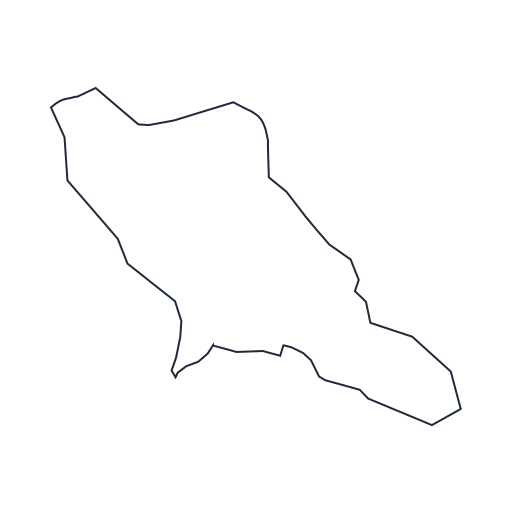 the district of Al Malajim, Al Bayda', Yemen, rotated 274°
{"feature_id": "15242507B64836061652766", "entity_name": "Al Malajim", "entity_type": "district", "adm_level": 2, "iso_a3": "YEM", "parent_name": "Yemen", "parent_adm1": "Al Bayda'", "projection": "albers", "projection_center": [45.401, 14.328], "detail": "fine", "context": "isolated", "style": "outline", "palette": "slate", "viewbox_px": 512, "rotation_deg": 274, "n_neighbors": 0, "source": "geoboundaries", "source_scale": "gbopen_adm2", "svg_char_len": 1930}
<svg xmlns="http://www.w3.org/2000/svg" viewBox="0 0 512 512"><g transform="rotate(274 256 256)"><path d="M407.8,222.8L395.0,189.4L386.3,166.9L385.4,164.4L379.1,139.8L379.1,136.4L379.1,129.6L379.3,129.1L412.4,84.3L402.4,66.5L402.2,64.4L400.4,59.3L400.1,57.8L399.8,56.7L398.7,53.1L397.7,51.1L396.9,49.6L394.2,45.7L389.9,41.1L361.1,56.7L318.3,62.6L317.6,63.2L314.9,65.9L298.9,81.8L290.0,90.7L285.8,94.8L284.9,95.7L284.6,96.0L283.2,97.4L282.2,98.4L277.5,103.1L272.6,107.9L263.5,116.9L262.5,117.4L251.5,122.6L249.3,123.7L239.5,128.3L239.4,128.4L228.4,144.5L228.2,144.8L221.5,154.5L211.6,169.1L205.2,178.4L195.9,182.1L186.6,185.8L186.4,185.9L185.8,186.1L185.4,186.1L169.7,186.1L163.2,185.2L158.4,184.6L149.2,183.4L135.9,179.8L129.4,184.2L129.6,184.3L134.1,186.0L141.2,194.1L146.5,205.8L155.4,214.7L164.3,219.5L163.6,219.7L160.9,233.6L160.3,236.5L158.9,243.2L160.3,256.4L161.7,269.5L160.6,274.7L158.2,287.1L168.7,289.5L168.8,289.6L168.7,290.6L167.4,297.8L162.5,309.8L155.9,318.1L140.2,327.3L140.0,327.6L136.9,333.8L129.8,368.8L121.6,377.8L99.9,442.3L99.6,443.3L117.7,470.9L154.3,458.4L186.4,417.5L191.3,398.2L197.3,374.8L200.3,373.9L202.1,373.4L204.0,372.9L212.7,370.4L218.0,368.9L227.9,357.1L239.3,360.2L248.5,355.7L259.1,350.7L272.5,328.4L276.7,324.2L278.7,322.3L286.0,314.9L299.1,302.4L314.0,289.2L322.2,281.9L335.4,263.3L336.0,263.2L336.6,263.2L340.4,262.8L365.8,260.3L366.1,260.3L366.4,260.2L366.5,260.3L366.7,260.2L366.9,260.2L367.0,260.2L367.4,260.2L367.6,260.2L367.8,260.2L368.0,260.2L368.4,260.1L368.5,260.1L368.8,260.1L369.1,260.1L369.4,260.1L369.6,260.1L369.8,260.1L370.1,260.0L370.3,260.0L371.6,260.0L373.7,259.4L377.1,258.5L380.0,257.6L382.4,256.9L385.1,255.8L387.2,254.8L389.5,253.6L391.8,252.1L393.8,250.4L395.5,248.6L396.9,246.7L398.1,244.6L399.3,242.5L400.4,240.3L401.2,238.0L402.2,235.6L403.3,232.9L404.3,230.6L405.3,228.3L406.3,225.9L407.4,223.6L407.8,222.8Z" fill="none" stroke="#1e293b" stroke-width="2"/></g></svg>